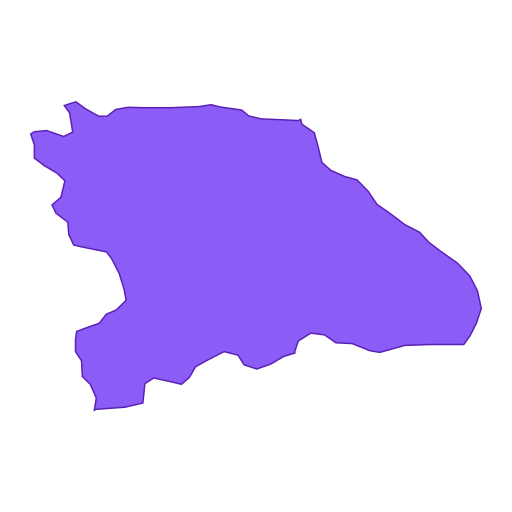 Uppvidinge, Kronoberg, Sweden
{"feature_id": "70781695B81795147571937", "entity_name": "Uppvidinge", "entity_type": "district", "adm_level": 2, "iso_a3": "SWE", "parent_name": "Sweden", "parent_adm1": "Kronoberg", "projection": "robinson", "projection_center": [15.412, 57.055], "detail": "fine", "context": "isolated", "style": "filled", "palette": "violet", "viewbox_px": 512, "rotation_deg": 0, "n_neighbors": 0, "source": "geoboundaries", "source_scale": "gbopen_adm2", "svg_char_len": 1347}
<svg xmlns="http://www.w3.org/2000/svg" viewBox="0 0 512 512"><path d="M418.7,231.8L404.6,224.5L389.6,213.1L377.0,204.4L368.2,191.3L357.0,179.9L344.4,176.4L330.7,170.3L321.9,162.4L318.1,146.7L314.3,132.8L301.8,124.1L300.7,119.4L298.2,120.6L285.0,119.9L261.2,118.9L248.7,115.9L241.6,110.0L220.1,107.0L211.1,104.7L198.9,106.6L171.3,107.7L142.7,107.7L127.9,107.3L115.7,109.5L107.2,116.2L98.7,116.2L85.5,108.8L75.9,101.8L64.3,105.5L69.6,112.9L72.7,132.1L63.7,136.5L46.7,130.6L34.5,131.7L30.7,134.0L34.4,145.0L34.3,158.1L44.2,165.6L57.0,173.2L64.9,180.8L60.9,197.4L52.0,204.9L56.0,213.2L67.8,222.2L68.8,234.6L73.7,245.0L82.6,247.1L106.4,251.9L111.3,258.1L119.2,273.4L124.1,289.3L126.1,300.3L116.2,310.0L106.3,314.2L99.3,323.2L85.5,328.1L76.6,331.5L75.5,339.8L75.5,351.6L81.5,360.7L82.4,376.6L90.3,384.3L96.3,398.2L94.3,410.2L96.3,409.3L125.0,407.2L142.9,403.0L144.9,383.6L153.8,378.0L169.6,381.5L181.5,384.3L189.5,377.3L195.4,366.9L206.3,360.7L224.1,351.6L238.0,355.1L244.0,364.8L256.8,369.0L270.7,364.1L283.6,356.5L294.9,353.0L294.5,352.4L298.3,341.0L310.8,333.1L324.6,334.9L335.9,342.8L352.2,343.6L369.8,350.7L379.8,352.4L404.9,345.4L430.0,344.5L445.0,344.5L463.8,344.5L470.1,335.7L476.3,323.4L481.3,308.5L477.5,291.0L469.9,276.1L457.3,263.0L439.8,250.7L428.5,242.0L419.7,232.3L418.7,231.8Z" fill="#8b5cf6" stroke="#5b21b6" stroke-width="1.5"/></svg>